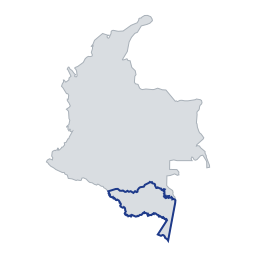 where Amazonas sits in Colombia
{"feature_id": "COL-1283", "entity_name": "Amazonas", "entity_type": "Commissiary", "adm_level": 1, "iso_a3": "COL", "parent_name": "Colombia", "parent_adm1": "", "projection": "mercator", "projection_center": [-71.672, -2.052], "detail": "medium", "context": "in_parent", "style": "outline", "palette": "blue", "viewbox_px": 256, "rotation_deg": 0, "n_neighbors": 0, "source": "natural_earth", "source_scale": "10m", "svg_char_len": 5343}
<svg xmlns="http://www.w3.org/2000/svg" viewBox="0 0 256 256"><path d="M149.9,23.2L147.0,24.4L141.3,25.9L137.4,32.3L134.8,33.4L131.5,37.3L129.1,42.0L127.3,51.5L122.4,59.6L122.8,60.0L124.7,59.6L126.6,58.8L127.2,59.0L127.9,60.5L130.1,60.8L131.8,67.4L135.2,70.7L135.5,72.0L136.0,74.7L134.8,76.3L134.4,82.3L135.5,83.8L138.0,84.4L139.6,88.1L140.7,89.0L142.2,89.6L145.9,89.0L152.5,89.6L154.0,89.5L157.7,88.2L162.4,89.8L165.9,90.0L175.3,101.3L176.3,100.9L177.5,101.6L179.9,100.4L181.9,100.3L184.6,100.8L188.2,100.8L195.3,99.7L196.4,99.0L200.3,99.7L201.5,100.5L202.0,102.6L201.6,103.9L200.2,105.2L199.5,106.9L199.3,108.9L198.6,110.4L197.3,111.4L196.9,112.8L197.1,114.6L196.4,123.1L197.0,123.8L197.4,127.2L199.0,131.7L199.8,133.0L201.2,134.1L203.8,137.8L203.2,139.0L196.7,144.8L196.4,146.1L197.6,145.6L199.6,146.1L200.3,147.5L205.1,151.6L205.0,153.1L206.4,156.1L206.2,156.8L209.5,165.4L209.6,167.3L206.8,167.8L206.7,162.0L206.3,160.8L203.2,155.7L202.6,155.2L200.5,155.8L197.0,159.6L195.4,160.2L194.1,159.7L192.8,157.4L191.9,157.0L191.1,158.9L192.1,160.6L176.8,160.6L173.8,159.9L169.7,160.7L169.6,169.4L176.9,169.6L178.9,172.1L178.7,174.1L179.0,174.8L177.3,175.3L174.7,173.9L170.2,175.5L166.9,175.9L166.7,185.5L168.7,187.9L172.6,190.5L173.1,192.3L172.8,193.9L173.8,196.0L175.0,197.1L175.0,198.3L175.7,199.7L168.1,240.6L165.4,238.1L164.4,235.9L163.1,235.0L160.5,235.7L157.8,234.5L166.6,220.6L166.3,219.4L158.9,216.0L158.2,215.1L154.6,213.3L152.7,213.9L151.6,214.8L148.9,215.0L146.7,213.6L144.1,212.6L141.0,214.9L140.0,214.9L137.8,215.9L135.5,216.3L132.4,215.3L129.9,216.0L128.1,215.8L127.5,215.1L125.3,214.3L125.0,213.4L125.6,211.6L124.7,208.3L124.3,207.7L122.6,207.6L120.7,206.4L120.3,205.7L120.7,204.3L120.3,203.2L118.4,200.5L115.7,199.8L113.2,197.5L110.6,196.7L109.4,195.1L108.3,191.5L105.6,188.7L103.8,187.7L103.1,186.4L101.2,186.2L98.6,184.4L97.5,184.2L96.7,185.1L94.2,184.2L92.2,182.8L90.0,182.5L88.7,181.7L86.1,179.0L83.4,177.8L81.8,178.2L81.3,180.2L80.4,180.5L77.2,180.0L76.7,180.4L75.9,180.4L72.1,178.9L68.3,178.4L67.3,175.1L64.9,174.0L64.2,172.4L62.5,172.6L56.0,169.6L53.3,167.6L51.0,166.4L48.6,164.1L48.2,163.2L46.4,161.9L47.3,160.1L49.5,158.8L52.4,159.9L52.8,157.8L51.7,156.1L52.2,152.0L53.0,151.1L54.6,150.3L55.6,150.6L56.2,149.9L58.6,150.2L59.3,150.0L61.1,148.4L61.9,147.1L62.7,147.2L64.6,145.0L64.3,142.8L66.1,142.3L68.0,138.8L68.8,138.7L69.3,137.0L72.6,131.1L71.4,131.8L70.1,131.3L70.3,129.4L69.9,129.1L68.8,130.7L67.9,129.1L68.1,126.6L66.6,127.0L66.7,126.5L68.9,124.5L69.8,120.2L69.0,118.6L68.6,112.1L68.2,110.8L66.4,109.2L69.2,107.3L70.3,105.9L69.0,103.0L67.3,100.6L67.3,99.1L68.3,99.2L68.7,95.2L67.7,93.6L66.5,93.6L62.8,87.6L61.5,86.3L62.5,83.4L63.6,82.1L63.4,80.0L64.1,80.1L65.7,82.1L66.4,81.8L68.9,79.9L69.0,78.1L71.0,76.2L68.1,70.1L67.2,69.1L68.3,67.1L69.0,67.2L70.1,69.2L71.9,70.4L74.5,73.9L75.6,74.6L74.8,75.4L74.6,76.2L75.0,76.7L76.5,76.8L77.1,75.8L76.7,71.7L76.0,69.6L74.7,68.1L75.1,67.5L77.8,66.4L83.3,62.4L85.2,58.7L86.7,57.3L88.3,56.4L90.3,56.6L91.9,56.2L92.4,55.0L91.3,52.4L92.5,48.8L92.5,47.0L93.2,45.9L93.0,45.4L91.0,46.7L93.0,44.2L94.5,40.3L102.6,33.5L107.8,35.2L109.5,35.1L107.3,35.9L107.0,36.9L107.7,37.9L108.5,38.2L109.2,37.6L111.0,33.6L111.2,31.4L112.0,30.6L113.1,30.3L118.2,31.3L123.1,31.0L131.1,25.3L137.1,22.8L138.6,20.5L138.9,18.7L140.0,18.0L141.2,18.0L141.9,17.1L144.6,15.5L147.6,15.4L150.7,16.7L152.1,19.0L152.4,20.7L149.9,23.2ZM58.6,149.5L58.3,149.8L57.6,149.3L57.4,148.6L57.8,148.1L58.3,148.3L58.6,149.5Z" fill="#d9dde1" stroke="#a8b0b8" stroke-width="1"/><path d="M175.4,200.3L175.2,202.8L168.1,240.6L167.2,239.2L165.1,237.8L164.7,236.4L163.5,235.2L162.6,235.0L161.0,235.8L157.8,234.5L167.0,220.2L166.4,219.1L165.6,219.5L165.2,218.9L164.5,219.0L164.0,217.9L162.7,218.0L162.8,217.1L161.7,217.3L159.9,216.0L159.6,216.6L158.9,216.6L158.1,215.0L157.1,214.7L155.5,213.4L153.9,213.2L153.8,214.1L152.6,213.9L151.4,215.1L150.0,215.0L148.6,215.6L148.7,214.9L148.1,214.0L147.5,214.8L147.0,213.5L145.1,212.8L144.4,213.1L144.2,212.3L143.0,213.0L141.5,214.9L139.9,214.9L138.4,216.1L137.4,215.9L137.0,216.4L135.7,216.6L132.1,215.0L131.2,216.2L130.9,215.5L130.5,216.0L130.0,215.6L128.2,216.3L127.5,215.1L126.6,214.6L126.2,215.2L125.2,214.5L124.7,213.4L125.8,211.5L125.1,210.0L125.2,209.1L124.7,207.7L123.9,207.1L123.7,207.5L122.6,207.7L120.5,206.5L120.2,205.6L120.8,204.8L120.7,203.5L119.6,202.7L119.8,202.1L118.8,200.5L117.2,199.6L116.6,200.1L115.8,199.9L115.0,198.6L114.2,198.6L114.1,198.0L113.4,198.2L112.9,197.0L112.3,197.4L110.3,196.7L109.3,195.2L110.0,194.9L109.8,194.2L108.7,193.4L109.0,192.8L108.3,191.3L115.7,189.0L117.8,188.9L119.9,190.7L122.1,190.8L122.9,190.5L125.1,191.9L126.2,191.7L127.4,190.8L128.9,191.8L130.7,191.2L133.4,192.9L135.1,191.2L136.4,192.1L137.0,192.0L137.5,191.6L137.6,190.0L139.0,188.1L140.3,187.2L143.8,186.7L144.9,184.8L149.0,182.8L149.9,181.9L150.8,182.4L151.9,182.1L152.3,183.2L154.6,183.9L155.1,184.8L155.0,185.6L156.3,188.0L157.1,188.0L157.7,187.4L160.0,188.5L160.9,188.5L161.6,189.9L163.1,190.0L163.2,189.5L163.9,189.1L164.7,189.4L163.5,190.9L163.6,191.2L164.4,191.3L164.5,193.4L164.0,193.8L164.8,195.1L163.9,196.2L164.4,197.0L165.1,196.5L165.0,197.4L165.8,198.1L166.7,197.7L166.0,196.8L166.3,196.3L168.9,196.0L168.3,197.5L168.6,197.9L169.5,197.5L170.7,197.7L171.4,197.0L172.3,197.9L172.3,199.3L173.5,199.0L174.8,199.5L175.4,200.3Z" fill="none" stroke="#1e3a8a" stroke-width="2"/></svg>